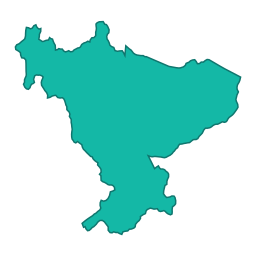 outline of Santa Luzia, Bahia, Brazil
{"feature_id": "56859067B43041247396885", "entity_name": "Santa Luzia", "entity_type": "district", "adm_level": 2, "iso_a3": "BRA", "parent_name": "Brazil", "parent_adm1": "Bahia", "projection": "equal_earth", "projection_center": [-39.272, -15.469], "detail": "fine", "context": "isolated", "style": "filled", "palette": "teal", "viewbox_px": 256, "rotation_deg": 0, "n_neighbors": 0, "source": "geoboundaries", "source_scale": "gbopen_adm2", "svg_char_len": 4560}
<svg xmlns="http://www.w3.org/2000/svg" viewBox="0 0 256 256"><path d="M16.7,44.8L15.4,46.9L15.8,49.5L18.7,51.2L20.4,52.6L20.7,55.2L21.7,57.8L24.2,58.2L25.8,60.1L26.0,63.2L26.1,71.5L26.3,74.2L26.1,76.1L25.3,77.7L24.5,79.8L24.5,82.3L23.5,84.2L24.8,87.1L26.4,88.8L28.4,89.3L30.0,87.7L30.6,85.8L31.6,84.2L33.0,83.6L34.4,82.5L33.6,79.3L34.7,75.8L36.5,74.9L38.2,75.2L39.6,75.0L41.8,75.8L43.1,77.0L42.5,78.8L41.7,80.6L41.3,82.5L41.6,85.3L42.8,87.2L43.7,88.6L44.9,90.6L46.6,92.6L47.7,95.1L47.5,98.0L50.1,97.3L52.3,96.0L54.3,95.5L55.8,95.3L57.7,97.5L60.0,98.0L62.4,97.7L63.9,99.0L64.7,100.7L65.5,103.3L65.9,105.0L66.8,106.6L66.9,109.7L69.2,112.1L69.9,114.2L69.4,116.4L71.2,119.4L71.2,122.5L71.6,124.4L71.8,126.5L72.2,129.4L71.8,132.1L71.6,134.3L71.7,136.9L72.1,139.1L73.2,140.5L74.2,142.2L75.8,142.9L77.5,141.5L79.6,143.1L81.8,144.7L82.4,147.2L83.5,149.3L84.9,150.6L86.8,152.7L89.0,154.8L90.6,156.4L92.3,156.9L93.0,158.7L94.5,160.4L96.3,161.8L97.9,162.7L97.6,164.9L99.8,167.4L101.0,169.4L101.1,172.3L99.5,174.3L100.9,175.6L101.0,177.9L101.1,180.4L102.7,181.7L104.6,182.4L106.5,183.5L108.0,184.6L109.5,185.0L111.3,184.9L112.9,185.5L114.4,187.2L114.8,189.9L112.7,191.1L110.4,191.8L109.5,195.7L108.0,198.6L106.1,200.4L103.7,201.2L101.2,200.3L100.2,202.7L100.1,205.4L100.8,208.1L99.8,210.0L97.7,211.5L96.1,213.1L94.2,214.1L92.6,215.7L90.1,217.3L88.3,218.5L86.5,219.8L85.3,220.7L83.6,222.1L82.1,223.4L83.6,227.3L85.1,226.6L86.0,228.9L87.6,230.7L89.2,230.4L90.8,229.1L92.3,227.4L93.6,226.8L95.2,225.3L96.3,224.2L97.7,222.2L99.8,220.5L102.3,220.4L104.4,221.8L106.1,224.1L108.2,226.8L108.2,230.3L110.1,232.6L112.1,232.8L113.7,231.8L115.7,232.5L117.8,232.5L119.4,233.5L121.8,234.4L122.9,231.9L124.8,231.3L127.8,230.9L129.3,229.2L131.1,229.1L132.6,228.6L134.0,228.0L135.2,226.8L135.5,224.4L137.3,222.1L139.1,220.6L140.5,218.4L140.4,216.5L141.9,215.5L143.2,214.6L145.4,213.6L146.1,210.9L147.3,209.5L148.8,208.8L150.2,208.1L152.0,208.5L153.9,209.1L155.3,209.0L157.3,208.7L158.7,210.8L160.3,211.5L162.3,211.1L163.9,210.6L165.3,211.4L166.4,212.7L168.1,213.9L170.5,214.8L172.0,214.0L172.2,211.9L172.1,209.8L172.5,206.8L174.4,205.4L175.6,203.8L175.7,200.6L175.0,197.5L174.0,196.1L171.8,196.0L170.1,196.9L168.7,197.2L166.6,197.5L165.0,195.9L163.5,193.8L163.7,190.8L164.3,188.2L165.0,185.4L166.8,184.4L166.9,181.3L167.5,179.3L168.6,176.9L168.6,174.1L167.6,172.4L166.1,171.4L164.6,169.7L162.8,169.0L160.6,169.0L159.5,167.9L158.4,165.9L156.5,167.1L154.6,168.6L148.2,155.7L150.1,156.4L152.1,156.8L154.8,156.4L157.1,156.6L158.8,156.8L160.9,157.0L163.1,157.5L164.6,157.7L166.3,157.2L168.4,156.0L170.1,155.2L172.2,153.5L173.2,152.1L174.4,151.0L175.8,149.0L177.6,147.7L178.4,145.8L179.6,144.2L181.9,144.0L183.8,143.5L185.6,143.2L187.7,142.8L189.6,142.6L191.6,140.9L193.2,139.7L194.6,139.5L196.1,139.5L197.8,138.6L199.1,136.4L200.8,134.7L202.3,133.1L203.9,129.8L205.4,128.2L207.4,128.2L209.9,127.7L211.5,126.8L213.0,125.5L214.8,124.5L216.3,124.2L217.7,124.2L219.8,123.2L222.3,121.8L224.4,122.3L225.9,121.9L227.0,120.8L227.9,119.0L229.1,117.4L230.7,116.3L232.5,114.9L233.7,113.6L235.1,111.7L237.0,109.0L238.0,107.2L237.7,104.3L236.3,101.2L235.9,99.4L236.5,97.0L237.0,94.9L238.4,91.9L237.1,89.3L237.0,87.1L237.5,84.8L239.0,82.3L239.8,80.4L240.6,77.1L224.7,68.8L220.1,66.2L209.0,59.7L207.1,59.5L205.2,60.6L203.4,62.1L201.2,62.1L199.4,63.6L197.4,63.7L196.2,61.5L194.7,59.7L192.5,60.0L190.5,60.8L188.8,62.3L187.4,62.8L186.1,63.4L185.3,65.4L183.4,66.9L181.8,67.4L180.3,67.9L178.8,68.0L176.8,67.8L168.9,66.4L146.4,56.7L144.9,56.7L143.2,55.6L140.9,55.6L139.4,55.4L136.9,55.0L135.1,54.3L133.4,53.1L132.2,51.5L131.1,50.1L129.3,48.9L127.4,47.2L125.8,45.8L124.9,55.5L123.6,52.9L122.3,50.8L119.9,50.9L117.4,51.3L115.0,50.6L113.8,47.5L111.6,46.6L109.9,45.2L109.2,42.8L108.2,40.7L107.1,39.1L106.7,36.3L107.5,34.1L108.8,32.8L109.1,29.8L107.6,26.3L106.4,24.6L104.7,24.2L103.2,21.6L99.2,21.8L97.1,22.8L96.0,24.0L96.1,25.9L96.4,28.2L96.2,30.3L95.7,32.2L95.7,35.7L94.0,37.6L91.8,37.8L90.2,40.0L89.8,42.0L87.8,41.2L86.1,42.3L83.9,43.0L81.7,44.5L80.4,47.0L79.1,47.8L77.7,48.0L76.3,48.8L74.1,49.9L72.6,51.5L70.5,51.8L68.7,50.7L67.4,51.3L65.4,51.9L63.7,51.0L62.3,49.1L60.5,49.1L58.8,48.6L57.5,49.6L55.5,50.1L55.4,47.7L55.2,45.2L54.1,43.3L53.3,41.5L52.5,39.1L50.8,38.6L49.6,37.6L48.5,40.0L47.0,40.2L45.6,40.5L43.9,41.3L42.2,41.5L40.7,40.4L38.8,39.3L39.3,36.5L39.4,34.3L40.7,31.5L40.8,28.5L39.2,29.1L37.8,28.2L36.6,26.7L35.9,24.8L33.9,25.7L32.2,28.2L30.4,28.8L28.6,27.8L26.4,27.4L25.8,30.3L25.6,33.1L25.5,36.0L24.8,38.8L23.6,40.0L21.5,41.6L19.2,43.7L16.7,44.8Z" fill="#14b8a6" stroke="#0f766e" stroke-width="1.5"/></svg>